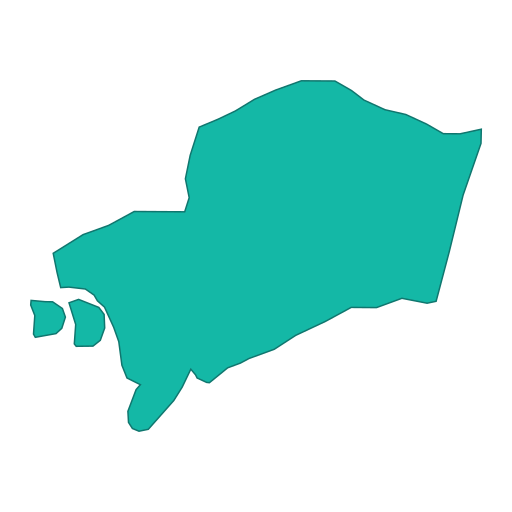 the district of Yomju, P'yŏngan-bukto, North Korea
{"feature_id": "82179303B57222251804338", "entity_name": "Yomju", "entity_type": "district", "adm_level": 2, "iso_a3": "PRK", "parent_name": "North Korea", "parent_adm1": "P'yŏngan-bukto", "projection": "equal_earth", "projection_center": [124.46, 39.9], "detail": "fine", "context": "isolated", "style": "filled", "palette": "teal", "viewbox_px": 512, "rotation_deg": 0, "n_neighbors": 0, "source": "geoboundaries", "source_scale": "gbopen_adm2", "svg_char_len": 1157}
<svg xmlns="http://www.w3.org/2000/svg" viewBox="0 0 512 512"><path d="M436.1,301.3L449.3,251.5L463.1,195.1L481.0,143.4L481.3,129.2L460.1,133.8L443.3,133.7L426.6,124.1L405.8,114.5L384.9,109.7L364.0,100.1L351.6,90.6L334.9,81.0L301.3,80.8L275.8,90.0L254.5,99.3L235.3,111.0L218.1,119.2L199.2,127.1L194.7,141.2L190.2,155.3L185.4,178.8L189.2,197.7L184.7,211.8L163.7,211.7L134.2,211.5L108.6,225.4L83.1,234.6L53.2,253.3L57.0,272.2L60.7,287.6L68.9,287.1L85.3,289.0L94.1,295.1L97.4,300.8L104.5,307.1L113.7,327.3L118.8,341.7L121.9,365.2L127.0,378.0L140.4,384.7L136.1,389.6L127.9,411.3L128.5,422.4L132.4,428.5L139.0,431.2L148.3,429.3L173.8,400.5L182.2,387.1L190.8,369.2L195.6,374.9L197.1,378.0L206.6,382.4L209.4,382.7L227.7,367.8L240.4,363.1L249.0,358.5L274.4,349.2L295.8,335.3L325.6,321.3L351.2,307.4L376.5,307.6L401.9,298.3L427.1,303.2L436.1,301.3ZM93.0,346.1L100.3,340.3L104.7,328.0L104.1,314.4L98.8,307.4L78.6,299.4L69.0,302.8L75.7,324.5L74.3,343.9L76.2,346.3L93.0,346.1ZM56.0,333.6L61.8,328.3L65.4,317.1L62.4,308.5L52.6,301.8L45.3,301.7L31.1,300.4L30.7,305.0L34.8,315.5L33.5,334.1L35.3,337.3L56.0,333.6Z" fill="#14b8a6" stroke="#0f766e" stroke-width="1.5"/></svg>